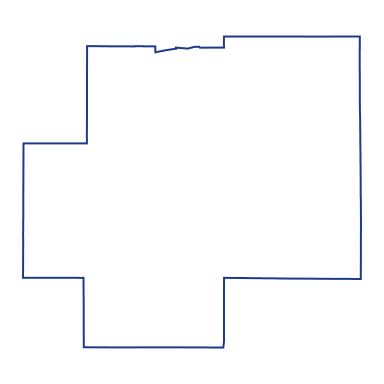 Naracoorte Lucindale, South Australia, Australia (Mercator projection)
{"feature_id": "25037944B94364154888431", "entity_name": "Naracoorte Lucindale", "entity_type": "district", "adm_level": 2, "iso_a3": "AUS", "parent_name": "Australia", "parent_adm1": "South Australia", "projection": "mercator", "projection_center": [140.584, -36.995], "detail": "fine", "context": "isolated", "style": "outline", "palette": "blue", "viewbox_px": 384, "rotation_deg": 0, "n_neighbors": 0, "source": "geoboundaries", "source_scale": "gbopen_adm2", "svg_char_len": 2964}
<svg xmlns="http://www.w3.org/2000/svg" viewBox="0 0 384 384"><path d="M359.8,36.5L359.7,36.5L354.6,36.5L354.4,36.5L354.0,36.5L347.9,36.5L340.5,36.5L340.3,36.5L331.1,36.5L328.5,36.6L328.2,36.6L320.9,36.6L310.8,36.6L305.4,36.6L299.3,36.5L292.5,36.5L289.0,36.5L279.4,36.5L271.6,36.5L262.6,36.5L254.3,36.5L254.2,36.5L249.8,36.5L249.4,36.5L247.8,36.5L234.6,36.5L229.3,36.5L224.0,36.5L223.9,39.7L223.9,45.2L224.1,47.6L211.5,47.6L199.9,47.7L199.2,46.8L195.0,46.8L193.5,47.1L187.7,48.6L182.1,48.1L176.1,47.6L176.4,48.6L175.3,48.8L175.3,48.7L168.2,49.9L165.9,50.2L165.0,50.4L155.4,52.3L155.3,49.2L155.3,47.1L155.3,46.4L155.0,46.4L154.6,46.4L153.8,46.4L151.7,46.3L143.2,46.4L143.0,46.2L142.0,46.2L137.6,46.2L134.8,46.2L134.8,46.4L131.0,46.4L126.4,46.3L108.8,46.3L87.1,46.1L87.0,75.8L87.0,112.3L86.9,134.3L86.8,134.7L86.8,134.9L86.9,136.9L86.9,138.4L86.9,139.8L86.9,143.4L81.4,143.4L77.8,143.4L70.3,143.4L65.8,143.4L58.6,143.4L54.3,143.4L49.1,143.4L45.1,143.4L39.8,143.4L36.9,143.4L23.5,143.4L23.4,172.4L23.3,194.5L23.3,209.3L23.3,219.9L23.2,219.9L23.2,225.9L23.2,227.5L23.2,228.3L23.2,229.4L23.2,230.5L23.2,231.0L23.1,232.8L23.1,237.2L23.2,237.6L23.2,237.8L23.2,243.0L23.1,259.0L23.1,262.7L23.1,265.1L23.0,277.7L23.0,277.8L29.8,277.8L34.0,277.8L39.4,277.8L39.7,277.8L39.8,277.8L41.9,277.8L42.0,277.8L44.8,277.8L46.2,277.8L48.4,277.8L48.5,277.8L59.2,277.8L60.5,277.8L69.9,277.8L71.3,277.8L73.3,277.8L77.9,277.8L78.7,277.9L83.5,277.9L83.6,293.8L83.7,304.3L83.7,316.1L83.7,320.9L83.8,345.8L83.8,346.5L83.8,347.2L90.4,347.3L98.0,347.3L103.6,347.3L110.0,347.4L116.3,347.4L121.3,347.4L130.1,347.4L135.3,347.4L141.6,347.3L152.9,347.3L153.0,347.3L161.9,347.3L163.8,347.3L167.8,347.3L171.8,347.3L178.2,347.3L184.0,347.4L193.4,347.4L197.3,347.4L204.0,347.4L210.1,347.5L212.9,347.5L219.2,347.5L222.9,347.5L223.3,347.5L223.3,347.4L224.0,341.7L224.0,291.3L224.0,289.2L224.0,284.5L224.1,279.3L224.0,277.9L229.4,277.9L242.4,278.0L254.1,278.2L260.3,278.2L262.7,278.3L263.1,278.3L264.1,278.3L265.7,278.3L270.4,278.3L281.2,278.5L293.0,278.6L294.9,278.6L297.8,278.6L300.0,278.6L305.8,278.7L309.5,278.7L310.0,278.7L311.1,278.7L312.1,278.7L313.9,278.7L322.4,278.8L324.8,278.8L325.5,278.8L328.2,278.8L334.4,278.9L337.0,278.9L344.2,278.9L349.9,278.9L350.0,278.9L355.3,279.0L360.7,279.0L360.8,279.0L360.8,275.0L360.8,271.1L360.8,270.9L360.9,256.5L360.9,256.4L360.9,251.9L360.9,246.6L360.9,237.5L360.9,236.3L361.0,225.7L360.9,211.0L360.9,209.2L360.9,204.0L360.9,202.9L360.8,198.0L360.7,196.9L360.7,193.1L360.7,179.8L360.6,173.3L360.6,166.5L360.5,163.2L360.5,159.3L360.5,155.4L360.5,154.4L360.4,151.5L360.4,148.7L360.3,142.9L360.3,139.7L360.3,136.6L360.3,134.8L360.2,129.8L360.2,128.1L360.2,125.7L360.2,124.9L360.2,121.9L360.0,111.9L359.9,110.3L359.9,110.0L359.8,95.4L359.8,92.4L359.8,83.4L359.8,82.8L359.8,75.3L359.7,67.5L359.7,67.3L359.7,66.8L359.7,64.5L359.7,63.4L359.7,63.1L359.7,48.4L359.8,48.4L359.8,46.9L359.8,46.6L359.8,36.5L359.8,36.5Z" fill="none" stroke="#1e3a8a" stroke-width="2"/></svg>